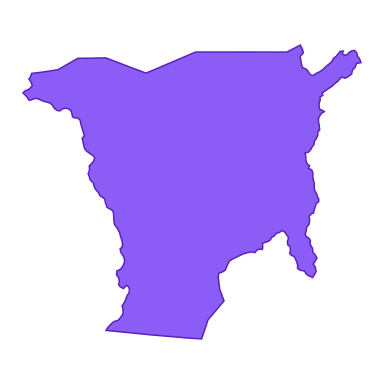 Madalena, Ceará, Brazil (Natural Earth projection)
{"feature_id": "56859067B9185631320714", "entity_name": "Madalena", "entity_type": "district", "adm_level": 2, "iso_a3": "BRA", "parent_name": "Brazil", "parent_adm1": "Ceará", "projection": "natural_earth1", "projection_center": [-39.486, -4.884], "detail": "fine", "context": "isolated", "style": "filled", "palette": "violet", "viewbox_px": 384, "rotation_deg": 0, "n_neighbors": 0, "source": "geoboundaries", "source_scale": "gbopen_adm2", "svg_char_len": 3578}
<svg xmlns="http://www.w3.org/2000/svg" viewBox="0 0 384 384"><path d="M106.1,330.4L151.1,334.9L166.6,336.2L186.1,337.9L191.5,338.3L201.6,338.9L204.0,331.8L205.5,327.6L208.0,319.8L213.5,313.4L216.5,309.9L221.6,303.8L224.0,301.0L221.6,294.3L219.7,289.2L218.2,276.5L219.0,273.0L221.3,272.4L223.3,271.5L225.2,270.1L226.3,267.6L227.5,264.7L229.1,261.4L232.4,259.1L236.2,257.3L239.0,255.9L242.6,254.2L245.8,253.1L248.8,252.4L252.6,251.9L254.8,252.7L256.9,250.1L259.6,249.1L262.4,249.4L262.8,246.7L262.4,243.6L264.9,242.3L267.7,241.7L270.1,240.1L271.7,237.4L274.2,235.9L276.4,233.4L279.0,232.6L282.1,230.6L284.8,232.1L286.9,235.2L288.6,237.8L287.3,241.7L287.8,244.8L290.0,246.7L290.4,250.1L289.7,253.6L291.7,255.5L294.1,256.4L295.6,259.2L296.9,262.5L297.7,265.4L297.5,268.4L299.6,270.0L302.5,270.7L304.6,271.1L306.1,273.8L308.1,275.7L310.5,276.4L312.5,277.5L314.2,275.1L316.1,271.5L315.2,266.8L313.1,264.0L314.9,261.7L316.9,258.1L315.3,254.9L312.9,252.3L312.5,248.3L310.1,244.1L310.4,240.6L309.0,238.2L306.8,236.9L305.1,234.6L306.2,230.7L306.7,227.2L309.0,224.4L309.7,220.3L309.1,216.3L311.3,214.0L313.5,213.0L314.2,209.8L315.3,206.7L316.0,203.8L318.7,201.7L318.7,198.9L317.4,196.9L316.7,193.9L314.5,190.2L314.3,186.4L314.1,182.8L313.4,180.0L312.7,176.4L313.0,173.3L311.7,169.8L308.4,168.4L309.6,165.8L307.2,164.0L305.9,160.3L305.7,155.8L305.1,152.9L308.1,152.3L310.5,150.0L312.1,147.0L314.1,144.4L314.2,141.3L316.2,138.8L317.8,135.1L317.9,131.7L319.7,130.1L319.4,127.6L319.2,125.1L318.5,121.7L318.4,118.7L320.3,114.9L322.1,112.9L324.3,111.7L322.2,110.2L319.7,109.4L319.0,106.5L319.2,103.0L320.2,99.9L320.0,97.0L322.8,95.4L322.3,92.9L325.2,90.9L328.9,88.3L332.1,86.2L334.7,83.7L338.0,81.1L340.2,78.4L342.5,77.1L344.7,78.2L346.8,77.5L349.1,75.9L351.6,74.1L352.5,70.0L355.0,67.5L356.5,63.5L361.0,62.6L359.5,58.6L357.5,56.2L356.8,52.9L354.5,50.4L351.7,50.9L349.1,52.4L347.1,54.8L344.8,55.1L342.2,53.8L343.3,51.0L340.0,51.4L338.0,54.0L336.3,56.2L333.5,58.3L332.1,61.3L328.8,64.3L326.4,66.1L323.6,68.9L319.9,71.6L316.8,73.1L312.8,75.6L309.8,74.3L308.6,72.1L306.4,69.3L302.6,67.6L301.6,65.0L301.0,61.3L300.2,56.4L303.4,52.8L302.2,48.7L300.3,45.1L286.7,52.1L228.4,52.0L220.6,52.0L195.7,52.0L150.6,71.2L146.0,73.1L143.5,72.2L105.8,57.9L96.8,58.0L93.4,58.1L90.1,58.2L77.8,58.3L57.9,69.7L43.9,71.9L31.7,73.4L30.6,76.4L28.9,79.1L30.4,81.1L31.5,83.3L32.2,85.9L29.4,89.0L26.7,90.2L24.7,91.2L23.0,92.9L25.5,95.4L27.4,97.7L29.0,100.2L31.4,99.9L34.9,98.4L38.3,98.9L41.3,100.3L45.0,101.7L49.0,102.6L51.9,104.5L54.3,108.3L57.2,110.5L60.0,110.9L62.3,108.8L65.7,108.3L69.0,108.9L71.2,111.3L71.9,113.9L72.5,116.8L75.1,118.0L77.8,118.0L80.3,120.5L80.6,123.1L81.5,126.2L82.4,129.1L83.4,132.6L84.4,135.9L82.2,138.2L83.1,142.3L83.9,145.9L84.7,148.9L86.7,151.2L90.0,153.7L92.9,155.5L94.6,157.4L94.0,160.3L92.4,162.7L89.3,165.8L89.5,170.2L88.1,173.8L89.2,176.1L89.9,179.3L91.4,181.3L93.4,183.0L94.1,186.5L95.6,189.4L98.1,192.2L100.0,195.7L102.0,197.0L104.6,198.9L105.5,203.0L107.1,207.4L112.2,210.3L113.5,212.8L113.7,217.3L114.0,221.7L114.5,224.4L116.6,227.4L118.3,229.9L119.8,233.3L120.5,236.3L121.7,239.7L122.6,243.9L122.0,247.2L120.1,248.9L120.8,252.3L122.4,254.7L124.1,257.6L124.6,261.8L123.3,265.1L121.8,267.8L119.9,269.5L116.9,271.0L116.5,274.7L118.3,277.3L119.2,279.7L119.2,282.2L118.7,284.7L120.2,286.8L123.6,288.6L126.3,285.3L128.4,286.7L129.5,289.2L129.0,293.0L127.0,295.6L126.1,298.4L124.9,301.5L122.1,306.0L122.9,309.0L123.1,312.6L122.1,315.4L120.3,317.7L118.7,319.9L116.4,320.9L114.2,321.4L111.5,323.6L109.0,326.2L107.5,328.0L106.1,330.4Z" fill="#8b5cf6" stroke="#5b21b6" stroke-width="1.5"/></svg>